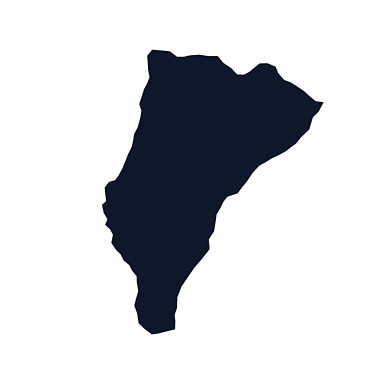 Santo Expedito, São Paulo, Brazil, rotated 201°
{"feature_id": "56859067B72387481715012", "entity_name": "Santo Expedito", "entity_type": "district", "adm_level": 2, "iso_a3": "BRA", "parent_name": "Brazil", "parent_adm1": "São Paulo", "projection": "orthographic", "projection_center": [-51.369, -21.812], "detail": "fine", "context": "isolated", "style": "filled", "palette": "ink", "viewbox_px": 384, "rotation_deg": 201, "n_neighbors": 0, "source": "geoboundaries", "source_scale": "gbopen_adm2", "svg_char_len": 1414}
<svg xmlns="http://www.w3.org/2000/svg" viewBox="0 0 384 384"><g transform="rotate(201 192 192)"><path d="M279.7,309.9L281.8,303.1L278.6,296.4L276.1,290.7L272.0,284.1L272.0,277.7L272.9,270.6L272.4,263.4L272.0,255.4L267.7,250.2L266.2,243.5L265.1,233.3L266.0,225.3L264.5,218.4L263.7,212.0L264.5,204.5L264.5,195.8L264.7,188.7L265.8,180.6L267.4,175.0L272.4,171.3L274.3,164.9L271.4,159.0L268.0,152.8L270.6,147.8L266.3,141.3L260.5,136.8L260.5,130.7L254.8,128.5L249.8,124.2L248.4,116.1L241.5,111.2L236.0,109.0L230.9,104.3L223.7,101.8L219.5,97.8L212.9,94.1L210.3,87.9L205.9,80.5L205.2,71.7L204.4,65.5L199.2,59.6L194.3,51.0L187.0,47.9L178.5,45.5L173.0,48.5L167.5,52.5L159.5,58.0L162.1,65.5L164.9,70.5L165.2,78.3L168.7,88.1L168.7,100.0L166.0,111.5L163.4,122.3L159.2,134.2L155.9,144.9L160.1,153.6L158.1,163.5L160.1,172.8L161.8,180.0L160.5,187.2L160.0,194.2L157.9,200.8L149.6,207.5L147.4,215.4L145.3,221.5L143.0,231.8L139.3,241.1L134.7,246.4L130.1,252.6L124.0,258.8L119.1,264.9L116.3,269.7L112.9,274.8L110.7,282.0L105.7,292.6L106.7,305.1L103.3,312.8L102.2,322.0L109.1,320.3L117.5,323.1L123.4,325.5L131.3,327.4L138.8,328.9L146.5,328.9L154.5,333.2L159.2,338.2L167.5,338.5L174.4,335.7L177.6,330.2L180.7,324.5L185.1,319.5L192.1,317.1L199.8,320.9L209.5,323.1L216.7,327.3L225.0,324.1L234.0,322.1L242.3,318.3L247.8,314.6L254.2,312.1L263.0,314.6L272.0,312.2L279.7,309.9Z" fill="#0f172a" stroke="#020617" stroke-width="1.5"/></g></svg>